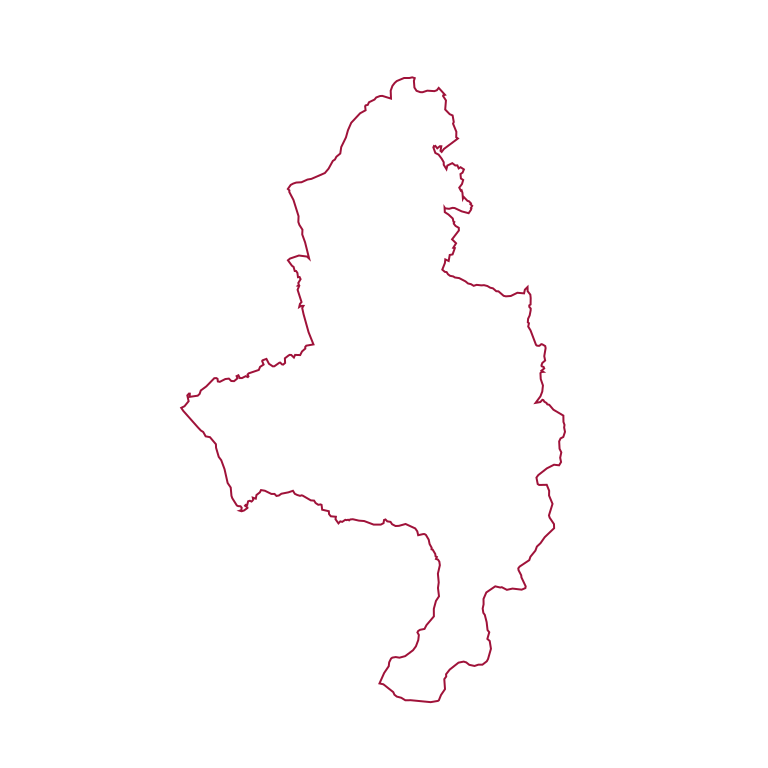 the district of Glodeni, Dâmbovita, Romania, rotated 101°
{"feature_id": "2599482B94470616232964", "entity_name": "Glodeni", "entity_type": "district", "adm_level": 2, "iso_a3": "ROU", "parent_name": "Romania", "parent_adm1": "Dâmbovita", "projection": "orthographic", "projection_center": [25.472, 45.017], "detail": "fine", "context": "isolated", "style": "outline", "palette": "rose", "viewbox_px": 768, "rotation_deg": 101, "n_neighbors": 0, "source": "geoboundaries", "source_scale": "gbopen_adm2", "svg_char_len": 6145}
<svg xmlns="http://www.w3.org/2000/svg" viewBox="0 0 768 768"><g transform="rotate(101 384 384)"><path d="M535.9,501.4L536.1,499.5L534.9,497.3L531.8,494.4L531.2,494.5L530.0,497.2L529.0,496.7L528.8,495.2L525.1,495.0L524.2,493.4L524.7,491.7L524.2,491.2L522.5,490.3L520.6,491.1L521.0,488.0L517.3,488.0L514.1,485.2L511.6,484.5L511.5,480.6L513.4,473.6L512.8,470.5L514.4,468.2L513.5,465.9L511.3,463.8L508.6,457.2L506.2,453.0L508.8,450.6L509.5,448.0L509.8,445.1L509.0,443.6L509.1,442.5L512.2,433.6L511.8,430.4L513.9,428.4L515.1,425.5L514.3,423.2L514.6,422.2L519.2,420.7L519.4,413.9L522.2,413.1L524.0,411.0L523.5,405.9L526.0,405.8L529.5,402.1L527.2,400.7L527.3,398.7L524.7,396.1L524.8,394.9L524.1,393.3L524.5,392.2L523.4,391.3L522.7,388.8L522.9,382.6L522.3,377.3L524.0,367.3L522.6,360.3L520.7,357.9L517.5,358.0L516.7,356.7L518.2,354.6L518.1,351.3L520.1,349.3L521.2,345.6L520.4,342.3L517.3,336.1L519.8,325.8L522.3,323.2L525.9,321.6L523.8,316.8L523.6,315.5L524.2,314.0L528.3,310.4L532.4,308.7L535.6,306.0L537.2,305.8L537.3,304.6L541.0,301.3L543.3,300.5L543.7,299.1L545.8,299.6L546.1,297.5L547.8,295.8L551.2,294.6L559.9,294.9L568.4,292.4L573.9,292.1L581.9,289.5L587.0,291.6L595.2,292.2L602.6,290.7L612.6,296.3L616.7,297.5L618.4,301.7L619.9,303.3L621.5,303.8L623.7,301.9L628.8,301.5L635.4,302.6L639.8,304.7L647.1,311.3L649.7,316.6L649.8,320.4L651.0,323.6L652.2,324.7L656.2,325.8L660.1,325.5L667.6,328.7L678.8,331.3L678.9,327.3L684.7,316.1L687.0,314.5L688.4,311.8L688.7,307.2L690.4,302.7L689.3,297.4L687.4,277.5L684.8,270.6L684.0,269.8L678.4,268.7L671.9,265.9L662.2,268.5L659.3,267.1L657.1,267.7L651.8,265.0L643.3,257.7L641.3,252.8L641.6,250.1L643.4,246.7L643.5,241.3L641.5,237.8L640.7,233.8L636.6,230.2L634.1,229.4L623.5,228.5L616.1,231.2L614.5,233.9L607.6,233.3L605.8,235.4L598.2,237.8L591.4,241.0L589.7,242.8L585.6,244.3L581.3,244.2L576.0,245.3L569.1,243.8L561.4,236.2L561.6,231.1L561.0,229.6L562.6,224.1L560.3,218.8L559.6,209.6L557.4,206.3L555.6,206.3L547.6,212.2L545.6,212.8L541.1,216.4L539.3,217.0L537.3,216.0L529.2,207.8L525.6,207.3L518.7,203.6L514.4,202.9L510.4,200.0L503.7,197.0L493.1,189.5L489.1,190.4L483.6,195.9L481.5,197.0L469.5,195.7L462.0,200.7L457.3,201.5L451.9,205.0L453.5,212.4L452.9,214.0L446.8,216.5L444.0,215.2L435.7,208.0L430.8,201.7L430.4,196.6L426.8,195.3L422.8,197.0L417.3,196.9L414.1,199.3L406.9,201.1L403.7,200.3L401.8,197.9L396.4,197.2L392.3,198.9L389.7,199.0L387.0,200.6L380.8,201.9L376.9,212.8L372.9,217.8L372.8,219.8L371.6,220.9L370.8,223.2L369.4,224.5L369.3,225.5L371.9,227.1L373.6,231.6L366.3,228.1L361.2,227.2L355.1,227.7L349.2,231.1L343.5,232.5L342.2,231.8L341.7,229.9L340.8,231.9L338.1,229.7L336.8,230.6L336.5,232.6L335.6,233.0L333.1,232.6L330.2,230.3L326.1,232.0L317.9,232.2L316.0,233.0L314.9,236.1L314.9,237.2L316.8,238.7L317.1,239.9L317.1,241.4L316.5,242.3L303.4,250.4L300.1,253.4L296.7,253.3L296.0,254.6L292.5,255.0L288.9,254.1L283.7,254.1L281.9,254.4L280.6,256.1L279.1,256.4L278.0,255.3L271.7,256.4L268.4,257.4L265.5,260.7L261.4,261.6L264.5,263.7L268.3,263.8L269.0,270.5L273.4,276.3L274.7,281.1L274.6,283.4L271.2,289.3L271.5,291.5L269.3,295.3L269.2,298.1L268.1,301.2L267.9,304.7L268.6,307.2L269.0,312.0L270.5,314.7L269.4,317.7L269.3,320.7L267.7,323.6L265.7,330.4L265.9,334.8L265.2,336.5L265.2,339.8L264.1,342.1L262.2,343.9L262.3,345.7L260.6,348.6L253.7,347.3L250.0,347.6L250.9,344.0L244.8,344.1L243.7,341.4L237.1,340.4L237.1,342.0L232.1,340.1L229.0,344.8L219.0,339.8L216.4,340.4L215.2,343.9L213.3,346.1L211.6,345.9L211.4,346.8L208.4,348.1L205.3,353.1L203.7,357.1L199.2,358.2L199.9,357.5L199.6,353.5L198.0,350.3L197.8,348.2L199.7,340.7L200.2,333.5L196.5,331.9L195.1,331.7L194.7,332.3L192.3,331.4L191.0,333.5L190.1,333.1L188.4,335.5L188.3,337.0L185.2,341.4L187.0,341.9L181.3,343.5L179.0,344.8L179.6,345.4L176.9,347.6L172.8,345.6L168.6,345.2L167.6,347.7L163.3,349.0L161.5,347.2L158.1,346.5L156.6,350.2L158.1,351.8L155.4,353.7L155.9,355.7L154.2,359.1L157.5,363.5L161.2,363.7L157.4,367.2L154.9,367.7L151.8,370.4L148.4,374.2L147.4,377.7L142.3,380.7L141.0,380.4L141.3,379.8L140.5,379.0L142.5,376.7L139.9,374.5L139.7,373.1L144.4,373.0L145.2,371.7L141.8,370.0L128.9,358.3L128.0,360.2L122.6,361.1L115.3,365.9L113.5,365.5L107.3,367.9L106.6,371.0L102.9,376.3L93.8,377.3L90.0,381.0L89.3,380.9L88.5,379.3L82.9,386.8L85.6,388.2L86.9,390.4L87.8,397.5L90.2,401.8L90.6,404.1L90.0,408.0L87.2,410.7L80.7,412.5L77.9,412.2L77.6,414.8L78.8,417.5L79.8,422.7L84.2,429.3L86.5,431.0L89.7,432.6L94.8,433.4L102.5,431.6L101.5,440.6L102.1,442.9L104.2,446.3L106.6,447.6L110.3,452.5L113.1,453.2L114.0,455.2L115.0,455.5L118.8,454.3L122.8,459.1L133.8,466.0L141.8,467.8L149.2,468.4L159.6,471.2L166.1,470.9L170.0,474.1L173.0,475.0L174.8,476.8L183.2,479.5L188.2,482.3L196.5,494.4L197.9,498.1L201.7,503.5L203.0,508.6L204.6,511.4L206.4,513.6L210.9,515.6L212.0,513.8L213.6,513.6L220.6,508.0L235.6,499.9L241.3,499.0L244.0,497.4L248.1,493.5L252.8,492.8L260.0,488.5L275.2,481.4L273.6,483.9L274.1,492.0L278.8,500.2L280.9,501.9L285.5,496.9L286.3,495.1L290.1,493.2L289.9,491.8L291.5,490.2L295.6,488.8L295.1,487.3L297.0,485.9L301.2,487.4L302.9,486.5L304.0,487.3L304.0,486.0L308.0,486.8L319.3,480.6L321.4,481.8L324.6,481.9L323.1,480.3L322.7,478.0L325.0,478.8L330.8,476.3L347.6,467.9L358.6,460.8L361.2,467.6L362.7,468.4L364.2,468.0L367.7,470.7L371.6,471.8L372.4,476.8L375.2,477.5L373.2,480.6L373.4,482.2L374.3,483.2L377.7,486.2L382.2,485.1L384.2,486.7L384.2,487.9L382.8,489.9L383.0,490.7L387.5,495.0L387.9,496.5L386.1,500.8L381.8,504.2L383.9,507.7L384.7,508.0L387.9,505.9L390.8,508.9L394.1,509.6L399.4,518.9L400.7,519.7L402.4,518.5L403.2,519.0L402.7,521.2L405.3,524.6L405.7,526.6L403.2,528.6L404.4,530.2L406.4,528.9L409.8,531.7L410.2,534.5L408.3,537.3L409.4,540.7L413.2,545.6L413.2,547.6L410.7,548.4L410.2,549.7L410.7,551.7L420.3,558.0L425.3,562.6L428.9,563.1L431.0,564.6L433.7,572.3L430.5,572.8L430.6,573.6L432.7,574.9L438.2,572.5L443.9,575.6L446.1,578.5L448.7,575.9L462.1,558.4L464.6,554.9L465.6,552.3L469.4,549.1L469.4,544.7L475.2,537.5L478.6,536.7L487.1,532.3L489.9,529.2L498.0,524.3L511.0,518.6L514.9,514.7L522.9,512.4L525.1,511.1L531.3,505.3L531.7,503.9L531.4,501.5L532.6,500.1L535.1,500.0L535.9,501.4Z" fill="none" stroke="#9f1239" stroke-width="2"/></g></svg>